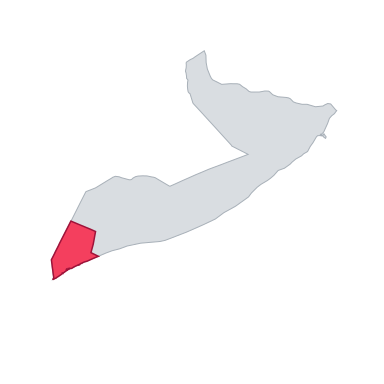 Jubbada Hoose on a map of Somalia (Robinson projection), rotated 27°
{"feature_id": "SOM-2645", "entity_name": "Jubbada Hoose", "entity_type": "Region", "adm_level": 1, "iso_a3": "SOM", "parent_name": "Somalia", "parent_adm1": "", "projection": "robinson", "projection_center": [41.866, -0.188], "detail": "fine", "context": "in_parent", "style": "filled", "palette": "rose", "viewbox_px": 384, "rotation_deg": 27, "n_neighbors": 0, "source": "natural_earth", "source_scale": "10m", "svg_char_len": 4064}
<svg xmlns="http://www.w3.org/2000/svg" viewBox="0 0 384 384"><g transform="rotate(27 192 192)"><path d="M107.7,331.6L107.4,330.8L105.7,328.3L102.5,323.5L100.0,320.0L97.5,316.3L97.5,313.4L97.5,304.7L97.4,287.2L97.4,269.8L97.3,252.4L97.3,243.7L97.3,240.1L97.5,239.6L100.4,236.4L104.2,232.1L109.1,224.1L111.8,219.7L114.1,216.1L114.6,215.0L116.6,212.8L120.3,211.5L122.6,211.3L130.6,209.6L131.8,208.9L132.5,208.2L133.1,206.4L134.7,204.0L136.7,202.3L140.5,200.1L144.2,198.3L145.0,198.0L149.5,196.8L150.6,196.4L152.4,196.0L153.1,196.0L159.4,196.4L164.2,196.7L169.2,197.0L169.8,196.8L173.3,192.5L178.8,185.6L182.4,181.2L187.9,174.4L192.1,169.5L196.7,164.0L201.2,159.1L206.7,153.1L210.1,149.3L215.4,143.5L220.5,137.9L224.9,133.0L218.7,133.0L212.7,133.0L206.7,133.0L205.7,132.4L200.7,130.5L194.3,128.1L186.4,125.1L180.8,123.0L174.9,120.8L168.8,118.5L164.0,116.7L158.1,114.5L152.9,112.6L152.2,112.1L149.4,109.2L145.6,105.3L144.9,105.3L143.1,104.5L141.5,102.4L139.8,99.7L138.3,96.4L137.6,94.1L135.6,93.2L134.6,91.4L132.7,88.7L131.4,87.4L131.0,86.3L130.4,84.0L129.3,81.5L128.3,79.9L128.1,79.2L128.1,78.8L130.0,75.4L130.9,74.1L131.8,73.0L132.6,71.8L132.9,71.0L135.2,66.9L137.2,63.4L138.8,60.6L142.3,63.8L145.8,70.2L149.8,75.4L155.4,80.3L157.6,81.9L159.5,82.7L169.6,82.6L176.8,78.2L183.3,75.0L185.5,74.4L189.2,75.2L193.4,75.5L197.1,76.5L199.0,76.2L206.4,72.5L211.1,68.9L214.3,67.4L215.5,67.4L219.8,68.7L225.4,68.1L233.0,65.0L235.4,64.3L237.3,64.3L241.4,65.7L242.1,65.6L244.3,65.4L250.2,63.9L254.8,61.6L263.3,60.0L269.7,55.9L270.8,54.0L272.8,51.5L275.6,50.6L282.8,53.6L284.0,53.8L283.6,55.6L283.4,57.4L281.9,60.5L281.0,64.0L281.7,69.4L282.1,78.1L282.0,79.3L281.5,80.6L281.3,81.5L280.5,81.9L280.2,82.4L280.8,82.7L283.0,81.7L283.0,80.7L283.1,80.2L285.0,81.3L286.3,81.8L286.7,82.9L286.6,83.6L284.5,83.3L283.4,82.7L280.3,83.7L278.4,84.7L277.8,86.4L277.4,93.2L276.7,97.6L276.6,103.5L274.1,107.3L273.2,110.0L269.5,115.5L267.5,120.2L266.9,122.4L263.6,128.8L259.0,133.7L257.4,140.0L255.8,143.9L254.0,147.5L250.0,153.8L247.9,158.2L245.4,165.9L244.6,170.7L237.3,184.8L229.8,195.9L225.1,205.4L216.7,216.3L205.2,230.4L190.1,247.2L186.0,250.6L169.5,260.9L158.7,269.6L153.3,275.5L147.5,280.6L143.0,285.5L129.2,301.9L127.7,303.5L126.4,305.0L124.7,307.7L123.5,308.8L120.2,313.6L118.1,316.0L115.8,318.4L114.8,320.1L114.1,322.1L113.4,323.2L111.3,327.9L109.5,330.9L107.6,333.3L107.7,331.6Z" fill="#d9dde1" stroke="#a8b0b8" stroke-width="1"/><path d="M107.7,333.0L107.7,331.7L107.7,331.3L107.5,330.8L106.8,329.8L105.8,328.4L104.9,327.1L104.0,325.7L103.1,324.4L102.2,323.2L101.2,321.7L100.3,320.3L99.4,319.0L98.9,318.3L98.5,317.7L98.0,317.0L97.5,316.3L97.5,314.7L97.5,313.3L97.5,311.8L97.5,309.6L97.4,307.3L97.4,305.1L97.4,302.8L97.4,301.5L97.4,300.1L97.3,298.4L97.3,295.8L97.3,293.2L97.3,290.6L97.3,288.0L97.3,285.4L97.3,282.9L97.3,280.3L97.3,277.7L97.3,275.1L97.3,272.9L105.6,272.3L119.8,271.2L124.0,271.0L127.7,283.4L129.5,291.9L137.7,291.8L137.8,291.8L136.1,293.7L132.4,298.2L130.2,301.0L129.2,302.0L128.0,303.0L126.8,304.5L126.3,305.2L126.3,305.4L126.3,305.6L126.2,305.7L125.8,305.8L125.6,305.9L124.9,307.0L124.8,307.4L125.0,307.6L124.9,307.9L124.8,308.0L124.8,307.9L124.8,307.7L124.7,307.6L123.7,308.5L123.4,309.0L123.2,309.4L122.6,310.0L120.7,312.5L120.7,312.8L120.5,313.0L120.4,313.0L119.7,314.3L119.2,314.9L118.9,315.1L118.6,315.3L118.3,315.4L117.7,315.4L117.3,315.7L117.7,315.7L117.6,316.1L117.5,316.6L117.4,316.8L117.1,316.9L116.8,317.3L116.6,317.8L116.5,318.1L116.5,318.3L115.9,318.9L115.7,319.0L115.6,318.8L115.5,318.0L115.5,317.1L115.4,316.8L115.4,317.1L115.3,317.3L115.2,317.5L115.2,317.8L115.2,318.0L115.3,318.3L115.3,318.6L115.4,318.8L115.5,319.0L115.7,319.5L115.5,319.9L115.4,320.1L115.3,320.4L114.9,320.8L114.8,321.0L114.7,321.5L113.9,322.6L113.8,322.8L113.8,323.0L114.0,323.0L114.2,322.9L114.3,322.8L114.1,323.3L113.7,323.4L113.3,323.0L113.2,322.5L113.1,322.9L113.3,323.6L113.3,324.0L113.2,324.4L111.3,327.9L110.9,328.5L110.5,329.1L109.8,330.7L109.5,331.0L109.1,331.2L108.4,332.5L108.0,332.8L107.7,333.4L107.7,333.0Z" fill="#f43f5e" stroke="#9f1239" stroke-width="1.5"/></g></svg>